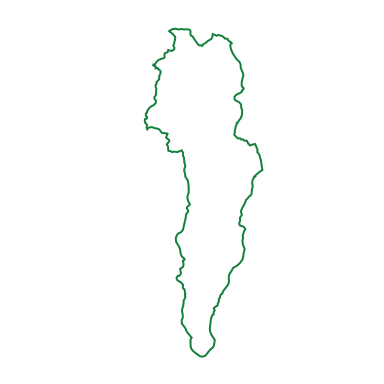 outline of Slatina-Timis, Caras-Severin, Romania, rotated 102°
{"feature_id": "2599482B22285282547610", "entity_name": "Slatina-Timis", "entity_type": "district", "adm_level": 2, "iso_a3": "ROU", "parent_name": "Romania", "parent_adm1": "Caras-Severin", "projection": "orthographic", "projection_center": [22.317, 45.248], "detail": "fine", "context": "isolated", "style": "outline", "palette": "green", "viewbox_px": 384, "rotation_deg": 102, "n_neighbors": 0, "source": "geoboundaries", "source_scale": "gbopen_adm2", "svg_char_len": 6023}
<svg xmlns="http://www.w3.org/2000/svg" viewBox="0 0 384 384"><g transform="rotate(102 192 192)"><path d="M349.6,145.1L347.3,143.8L344.9,142.7L342.0,141.1L339.9,139.4L337.9,138.7L333.6,138.8L331.9,139.0L327.3,143.7L324.4,145.3L322.2,146.1L312.1,147.1L308.8,146.7L308.0,146.3L307.4,145.4L306.8,145.4L305.9,145.9L305.6,145.9L304.5,145.7L303.4,145.2L302.7,145.4L302.0,146.1L301.1,146.6L299.1,145.0L298.6,144.4L298.3,143.7L297.1,143.4L296.1,143.6L295.1,143.5L294.3,143.1L293.4,142.9L292.2,143.4L291.3,143.4L289.4,142.7L288.4,142.8L286.9,142.7L285.8,142.0L284.9,141.2L282.5,140.9L280.1,139.8L277.7,138.6L274.8,137.4L273.2,137.2L271.6,137.3L269.1,138.0L266.5,138.5L263.7,138.1L262.3,137.4L261.0,137.0L260.1,136.6L258.4,136.3L257.5,135.8L255.9,133.9L254.1,132.2L251.6,130.4L248.0,128.8L247.1,128.5L245.7,128.5L243.6,128.5L241.6,128.8L239.2,128.6L237.1,128.7L236.2,129.0L234.7,130.1L232.7,131.3L230.4,132.2L228.0,132.6L226.0,132.5L225.1,133.1L224.0,133.3L219.6,132.9L218.4,132.5L217.2,132.1L215.4,133.9L215.0,135.9L214.9,137.9L214.4,138.4L213.3,139.2L211.7,139.2L209.7,139.0L208.8,139.2L208.1,139.7L207.4,139.8L204.2,138.5L203.0,138.8L202.0,139.7L201.0,140.0L199.8,140.0L196.8,139.4L192.7,138.1L188.4,137.4L186.7,136.2L184.8,135.4L183.7,134.6L182.7,133.6L181.8,133.4L181.2,133.5L180.7,133.4L177.8,133.9L175.9,133.9L175.0,133.7L173.9,133.8L170.4,135.1L168.0,135.2L166.7,135.1L164.9,134.3L163.9,133.5L163.7,134.1L162.9,133.4L162.1,133.1L160.8,132.2L160.1,131.4L159.5,131.0L158.3,130.2L155.9,127.7L151.4,129.5L146.3,131.3L145.1,132.1L141.4,134.0L139.4,136.4L138.9,136.6L137.9,136.4L137.0,136.8L133.5,139.1L132.9,139.5L132.7,140.0L131.9,140.5L133.5,143.5L134.4,144.9L134.4,145.1L134.1,145.5L133.3,146.1L133.1,146.4L133.1,147.0L132.1,147.7L131.5,148.3L130.5,148.9L130.4,149.4L130.8,150.3L130.8,151.1L130.7,151.7L130.8,151.7L130.8,152.0L129.9,152.9L130.4,154.7L129.6,155.7L129.6,156.4L130.1,157.9L129.6,159.2L129.5,159.5L128.9,160.0L128.6,160.7L127.2,162.6L125.9,162.7L124.7,162.4L124.0,162.7L118.5,162.9L117.7,162.5L116.7,162.3L115.5,162.7L114.9,162.3L114.4,161.5L112.9,161.2L109.6,159.7L106.3,159.2L105.2,159.2L104.0,159.6L102.1,159.8L101.3,160.0L99.8,161.2L98.4,161.7L97.0,161.9L95.9,162.5L94.2,164.9L93.5,168.2L92.7,169.5L91.7,169.9L90.7,170.1L90.1,170.2L88.2,169.3L86.0,167.0L85.9,166.6L85.6,166.0L85.0,165.5L84.4,164.8L83.6,164.1L82.9,164.0L82.3,164.3L80.6,162.9L80.0,163.0L79.2,163.6L79.1,164.4L77.6,165.5L74.9,166.1L73.3,166.2L70.1,166.2L67.0,166.0L64.3,167.4L60.4,170.2L59.3,170.5L57.9,170.7L56.1,171.6L54.7,172.9L53.0,175.8L49.0,180.0L46.0,182.4L43.4,184.0L40.6,185.0L39.6,185.1L38.9,184.8L38.7,184.2L38.2,184.0L37.3,185.3L36.9,186.8L35.9,188.3L34.9,189.0L34.8,190.0L35.1,191.8L34.5,192.4L33.4,194.3L33.1,196.0L32.9,198.9L34.0,200.3L33.2,204.5L36.1,204.4L38.1,204.8L41.5,208.4L42.5,208.8L45.5,212.0L47.0,212.4L46.7,214.3L47.1,215.6L46.5,216.6L45.1,218.2L42.5,221.0L39.8,223.6L39.0,225.9L37.5,226.5L35.7,226.7L34.2,227.3L33.6,229.3L34.7,233.9L34.7,235.9L35.7,238.5L35.8,240.4L35.7,242.2L36.1,243.1L36.4,244.2L37.3,245.7L38.9,247.2L39.3,247.8L39.8,247.2L41.2,244.0L42.4,242.4L43.7,240.8L44.3,240.5L47.1,240.3L49.1,240.5L50.3,240.2L51.0,240.3L52.4,240.8L53.6,240.1L54.6,239.2L55.7,239.1L56.1,239.1L57.8,240.5L58.1,241.0L58.3,242.2L58.1,244.8L60.0,244.8L60.6,245.2L60.8,245.8L61.9,247.5L63.5,247.5L65.3,246.9L66.6,247.1L67.0,247.5L68.2,249.8L69.7,252.0L70.9,253.0L72.3,253.9L75.0,254.8L75.3,255.5L75.3,256.3L76.1,256.3L76.3,255.8L76.6,255.0L76.3,254.5L76.3,254.0L77.4,253.5L78.6,253.3L77.9,251.7L78.3,250.6L79.0,250.4L79.8,248.4L80.6,247.8L81.6,247.5L83.9,247.8L85.6,248.2L87.0,247.8L88.5,247.6L89.2,247.9L90.6,248.8L92.1,249.6L92.8,249.3L93.6,249.1L94.6,249.7L95.1,249.8L96.3,249.7L97.2,249.1L98.0,248.5L98.6,248.3L100.4,248.2L102.8,247.6L104.9,247.5L107.1,248.5L108.2,248.4L109.0,247.7L109.9,246.4L111.6,246.0L112.2,246.0L113.4,246.5L114.6,247.3L115.8,248.5L117.6,250.6L120.1,251.9L122.4,252.7L123.5,252.5L124.8,253.3L126.6,253.2L127.3,252.8L128.2,251.3L128.6,251.3L129.8,251.7L130.0,252.5L130.5,253.2L131.5,253.2L134.1,252.2L134.7,251.1L135.5,250.1L136.2,249.9L138.7,249.8L140.0,248.8L138.8,248.2L137.8,247.3L137.2,245.9L136.9,244.4L137.3,241.1L137.2,239.0L137.4,237.4L138.8,235.6L140.2,234.0L140.4,233.4L140.0,229.2L140.0,228.1L141.0,228.1L142.8,228.6L144.1,228.6L144.5,228.1L145.9,225.3L146.5,224.8L147.7,225.1L150.7,226.6L151.9,225.4L153.4,224.6L155.1,224.2L156.7,223.5L156.4,221.8L157.1,220.0L156.1,217.2L156.1,214.9L154.8,212.8L153.4,210.7L154.2,210.1L154.9,209.4L156.1,208.7L156.9,208.8L157.8,208.6L159.2,207.8L160.0,207.0L160.9,206.8L162.7,206.2L164.5,205.7L167.8,204.0L168.5,203.9L169.3,204.1L171.1,204.2L171.9,204.2L173.4,203.8L175.8,202.5L178.4,201.7L180.8,199.3L182.0,198.3L185.2,197.1L189.0,196.0L192.9,195.2L194.2,195.1L195.7,195.4L197.1,195.5L199.1,195.2L200.5,194.5L201.8,193.7L203.0,192.8L204.1,191.7L204.8,191.5L207.6,193.6L208.8,193.8L210.9,192.0L211.8,191.6L213.3,192.2L214.8,193.1L216.6,193.0L217.7,192.8L230.3,193.0L231.9,193.3L233.9,194.6L235.1,196.5L236.6,197.5L239.3,198.2L241.4,198.1L243.6,197.3L244.3,197.0L248.2,193.2L251.0,191.5L253.8,190.7L255.1,190.0L257.4,188.3L258.3,186.4L259.3,185.2L260.1,185.4L260.9,186.5L261.5,186.6L262.8,185.8L264.6,185.2L265.8,185.1L267.0,185.3L267.3,185.4L267.8,185.8L269.7,187.7L271.6,186.8L273.5,186.0L274.4,186.0L275.9,186.5L276.4,186.9L276.8,187.4L276.8,188.0L276.9,188.4L277.8,188.8L278.7,189.1L279.2,189.2L280.0,189.0L280.8,188.5L281.5,187.7L282.1,186.3L282.2,185.5L282.2,184.8L282.9,183.8L284.8,181.4L286.8,181.2L288.0,180.8L288.6,179.4L289.3,178.8L292.0,178.0L292.9,177.2L293.6,177.3L294.2,177.5L295.1,177.3L295.8,176.8L296.7,176.6L299.8,177.5L301.0,177.5L301.7,177.2L302.4,177.1L303.9,177.2L305.0,176.8L306.9,177.2L307.8,177.2L308.7,177.1L310.2,177.2L313.1,175.9L316.1,175.0L317.1,174.9L319.3,175.4L320.6,175.2L322.9,174.5L324.8,172.2L327.3,169.6L329.2,168.5L330.8,166.8L332.2,164.9L333.8,163.1L334.4,162.1L336.8,162.8L343.1,161.3L345.3,160.2L347.3,158.0L349.3,153.9L351.1,149.7L351.0,148.0L349.6,145.1Z" fill="none" stroke="#15803d" stroke-width="2"/></g></svg>